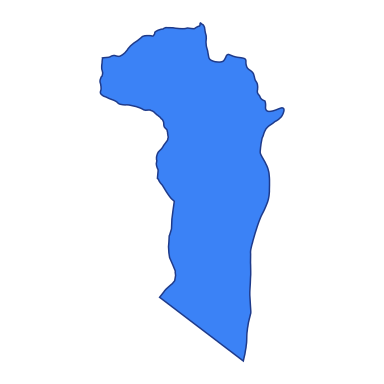 outline of Gelephu, Geylegphug, Bhutan
{"feature_id": "84629894B89985438544464", "entity_name": "Gelephu", "entity_type": "district", "adm_level": 2, "iso_a3": "BTN", "parent_name": "Bhutan", "parent_adm1": "Geylegphug", "projection": "mercator", "projection_center": [90.486, 26.911], "detail": "fine", "context": "isolated", "style": "filled", "palette": "blue", "viewbox_px": 384, "rotation_deg": 0, "n_neighbors": 0, "source": "geoboundaries", "source_scale": "gbopen_adm2", "svg_char_len": 5913}
<svg xmlns="http://www.w3.org/2000/svg" viewBox="0 0 384 384"><path d="M159.6,297.3L243.3,361.0L244.4,356.1L244.9,354.0L245.4,350.8L245.8,348.6L246.0,347.5L246.2,345.4L246.5,343.3L246.6,342.2L246.7,340.0L246.8,335.7L246.9,333.6L247.0,332.5L247.3,330.3L247.5,328.2L247.9,326.1L248.2,324.0L248.6,321.8L248.9,320.8L249.1,319.7L249.9,316.6L250.4,314.5L250.7,313.5L250.8,312.4L250.8,311.3L250.4,304.9L250.0,298.4L249.8,295.2L249.8,293.0L249.8,291.9L249.9,289.8L250.3,283.3L250.5,277.9L250.7,274.7L250.7,271.5L250.6,265.0L250.5,262.8L250.6,254.2L250.5,252.0L250.6,251.0L250.7,249.9L251.4,246.7L251.9,244.6L252.5,242.6L253.0,240.5L253.9,237.4L255.1,233.2L256.1,230.1L257.4,226.0L258.1,224.0L258.8,222.0L259.6,219.9L260.8,216.9L261.2,216.0L261.7,215.0L262.2,214.0L263.7,211.1L264.6,209.2L265.9,206.2L266.7,204.2L267.1,203.2L267.5,202.2L267.8,201.2L268.1,200.2L268.4,199.1L268.6,198.1L268.8,197.0L269.0,195.9L269.1,194.9L269.2,193.8L269.4,191.6L269.4,189.5L269.5,185.2L269.5,181.9L269.5,179.8L269.4,177.6L269.0,173.3L268.8,172.1L268.0,169.0L267.7,168.0L267.3,167.0L266.9,166.0L266.4,165.0L265.9,164.0L265.0,162.1L261.8,156.5L261.3,155.5L260.8,154.5L260.4,153.5L260.2,152.5L260.2,151.4L260.3,150.3L260.4,149.3L260.6,147.1L260.9,145.0L261.0,143.9L262.0,138.6L262.3,137.6L262.8,136.6L263.2,135.6L263.8,133.6L264.2,132.5L264.6,131.5L265.1,130.6L265.6,129.6L266.1,128.7L267.6,127.1L268.3,126.4L269.2,125.7L271.9,123.9L272.8,123.3L274.4,122.0L275.3,121.3L276.3,120.9L277.2,120.3L278.1,119.7L278.9,119.1L279.7,118.3L280.5,117.6L281.3,116.8L281.9,115.9L282.4,115.0L282.9,114.0L283.3,113.0L283.6,112.0L283.9,111.0L284.0,109.9L283.8,108.8L283.1,108.1L282.0,107.8L281.0,108.0L279.0,108.7L276.0,109.9L273.9,110.6L272.9,110.9L271.9,111.1L270.8,111.3L269.8,111.4L268.7,111.4L267.6,111.2L266.7,110.6L266.0,109.8L265.6,108.8L265.5,107.7L265.6,105.6L265.6,104.5L265.5,103.4L265.3,102.3L264.9,101.0L264.0,100.6L263.0,100.1L262.1,99.6L261.3,98.9L260.6,98.1L259.7,96.1L259.1,95.2L258.4,94.4L257.8,93.5L257.4,92.5L257.3,91.4L257.4,90.3L257.6,89.3L257.6,88.2L257.7,87.1L257.6,86.0L257.5,85.0L257.3,83.9L256.9,82.9L256.4,82.0L255.8,81.1L255.2,80.1L254.9,79.1L254.6,78.1L254.4,77.0L253.8,74.9L253.5,73.9L253.0,73.0L252.3,72.1L251.5,71.4L250.7,70.7L249.8,70.1L248.9,69.5L248.1,68.8L247.4,68.0L246.8,67.0L246.5,66.0L246.2,65.0L246.0,63.9L245.9,62.8L245.9,61.8L245.9,60.7L245.6,59.6L244.9,58.8L244.0,58.4L242.9,58.1L241.9,57.9L240.8,57.7L237.6,57.3L236.6,57.1L235.5,56.9L234.5,56.6L233.4,56.3L231.4,55.5L229.4,54.7L228.4,54.4L227.4,54.7L226.6,55.4L226.1,56.4L225.7,57.4L225.2,58.3L224.7,59.3L224.1,60.2L223.4,61.0L222.5,61.5L221.4,61.8L220.4,62.0L219.3,62.1L217.8,62.0L216.8,61.9L215.7,61.8L214.7,61.6L213.6,61.3L212.6,60.9L211.6,60.5L210.7,60.0L209.8,59.3L209.2,58.4L208.8,57.4L208.6,56.4L208.4,55.3L207.8,52.1L207.7,51.1L207.4,50.0L206.8,47.9L206.5,46.9L206.3,45.8L206.2,44.8L206.1,43.7L206.0,42.6L206.0,41.5L206.2,39.4L206.3,38.3L206.2,37.2L206.2,36.1L206.0,35.1L205.7,34.0L205.4,33.0L205.2,31.9L205.0,30.9L204.9,29.8L204.7,28.7L204.5,27.3L203.8,25.8L203.1,24.8L202.1,24.3L201.1,23.4L200.4,23.0L200.0,23.8L200.0,25.1L199.5,26.1L198.4,26.3L196.4,27.3L194.5,28.6L193.4,28.7L191.3,28.5L189.0,28.2L187.5,28.0L185.0,28.6L182.8,28.7L179.7,28.6L175.3,28.2L173.1,27.8L170.2,27.7L168.3,27.7L165.8,27.6L164.2,28.2L162.8,29.1L161.2,29.2L158.1,30.2L156.2,31.2L154.9,32.2L154.5,34.2L153.2,35.9L152.3,36.1L150.9,35.7L148.8,35.6L146.9,35.6L144.6,35.8L142.4,36.5L141.1,37.7L139.4,39.1L137.4,40.7L136.5,41.3L134.7,42.5L133.8,43.1L131.3,45.2L130.5,45.9L129.8,46.7L129.1,47.5L128.4,48.3L127.7,49.2L127.2,50.1L125.8,51.7L125.1,52.6L124.3,53.3L122.7,54.6L120.9,55.7L119.9,56.2L118.9,56.4L117.8,56.3L116.8,56.1L115.7,55.8L114.7,55.5L113.6,55.5L112.6,55.7L111.6,56.0L109.7,57.0L108.5,57.3L107.5,57.4L105.0,57.6L104.0,57.7L102.4,57.9L102.5,58.7L102.3,59.7L102.1,61.9L102.1,62.8L101.8,64.9L101.7,66.0L101.7,67.1L101.7,68.2L101.8,69.2L102.3,71.0L102.7,72.9L102.5,74.3L102.1,76.0L101.1,77.1L100.8,78.1L100.4,79.1L100.1,80.1L100.0,81.2L100.1,82.3L100.4,83.3L100.7,84.4L100.8,85.4L101.0,86.5L101.1,88.7L101.0,89.7L100.4,91.8L100.4,92.9L100.8,93.8L101.5,94.6L102.4,95.3L103.2,95.9L104.2,96.4L105.2,96.7L106.2,97.1L109.1,98.5L110.1,98.9L113.1,100.0L114.1,100.4L115.1,100.9L116.0,101.4L116.9,102.0L117.7,102.8L118.5,103.5L119.4,104.0L120.4,104.3L121.5,104.5L122.6,104.7L123.6,104.8L124.7,104.9L125.8,104.9L126.8,104.8L127.9,104.9L129.0,105.0L130.0,105.2L135.3,106.4L136.3,106.6L137.3,107.0L139.4,107.7L140.4,108.1L141.3,108.5L143.0,109.4L143.9,109.9L145.9,110.3L146.9,110.1L147.7,110.1L148.8,110.0L150.4,110.1L151.1,110.6L152.3,110.9L154.0,112.0L154.7,112.8L155.6,113.5L156.2,114.2L156.9,114.8L157.8,115.3L158.4,115.9L160.2,117.3L160.7,118.0L161.2,118.7L161.9,119.2L162.5,119.7L163.0,120.8L163.5,121.8L163.7,122.9L163.8,125.0L164.0,126.1L164.4,127.1L165.0,127.7L165.5,128.5L166.4,129.1L167.1,130.2L167.3,131.5L167.6,132.4L167.6,133.4L167.8,134.4L167.9,135.4L168.1,136.4L168.3,137.2L167.9,138.3L167.8,139.3L167.4,140.4L166.8,141.2L164.2,144.7L163.6,145.5L163.1,146.5L162.5,147.4L161.9,148.3L161.2,149.1L159.7,150.6L158.9,151.4L158.2,152.2L157.7,153.2L157.3,154.1L157.0,155.1L156.7,156.2L156.5,157.2L156.5,158.3L156.5,159.4L156.8,160.4L156.7,161.5L156.5,162.6L156.3,163.6L156.4,164.7L156.6,165.8L156.9,166.8L157.2,167.8L157.7,168.8L158.1,169.8L158.1,170.9L157.9,173.1L157.4,178.4L158.2,179.1L158.7,180.0L159.1,181.0L159.7,181.9L160.3,182.8L161.0,183.7L161.7,184.4L162.4,185.3L163.5,187.1L165.2,189.9L166.3,191.7L167.5,193.5L168.1,194.4L169.4,196.2L170.0,197.0L170.7,197.9L171.4,198.7L172.2,199.4L173.0,200.1L174.3,201.3L173.0,210.4L171.9,219.1L171.5,228.9L169.6,235.1L169.2,235.9L168.9,242.0L168.5,246.7L168.9,252.9L169.6,257.6L172.8,264.9L175.3,271.0L175.2,272.3L175.6,275.4L174.7,280.7L174.0,281.6L173.3,282.4L172.6,283.3L171.9,284.0L171.0,284.7L168.4,287.0L166.0,289.2L165.3,290.0L164.6,290.8L164.0,291.7L159.6,297.3Z" fill="#3b82f6" stroke="#1e3a8a" stroke-width="1.5"/></svg>